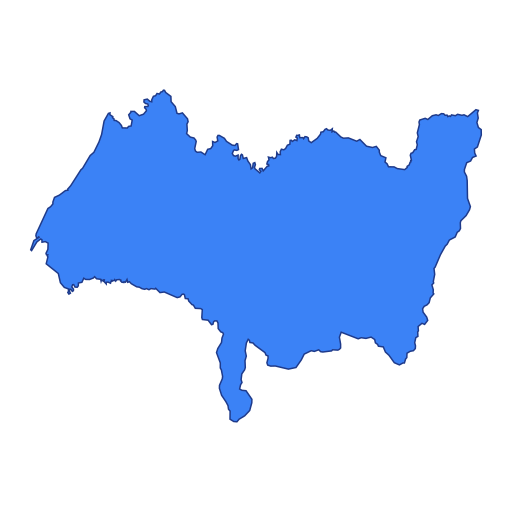 López, Cauca, Colombia
{"feature_id": "7082276B33539636068872", "entity_name": "López", "entity_type": "district", "adm_level": 2, "iso_a3": "COL", "parent_name": "Colombia", "parent_adm1": "Cauca", "projection": "natural_earth1", "projection_center": [-77.202, 2.962], "detail": "fine", "context": "isolated", "style": "filled", "palette": "blue", "viewbox_px": 512, "rotation_deg": 0, "n_neighbors": 0, "source": "geoboundaries", "source_scale": "gbopen_adm2", "svg_char_len": 6054}
<svg xmlns="http://www.w3.org/2000/svg" viewBox="0 0 512 512"><path d="M478.4,110.4L475.9,109.7L467.7,116.6L464.0,114.8L461.9,115.3L457.6,114.3L455.4,115.7L451.5,114.9L450.5,116.4L449.2,115.9L447.8,116.6L447.1,115.1L445.1,115.3L443.7,113.8L441.4,113.6L438.3,115.5L436.1,114.8L432.3,115.7L427.8,119.5L425.2,118.3L419.8,120.0L419.0,122.0L419.4,124.6L417.3,132.9L418.2,136.6L416.5,141.7L417.3,144.8L416.2,149.4L414.7,149.7L412.7,152.7L411.0,153.3L410.3,155.2L411.4,160.2L410.7,160.5L410.9,161.8L410.1,162.2L409.2,164.9L407.1,166.4L407.2,167.5L404.7,169.6L397.3,168.6L394.1,166.9L388.5,166.8L387.1,163.8L385.0,162.0L385.9,157.8L380.7,155.6L379.3,152.1L379.3,150.2L376.3,146.4L372.5,147.5L366.5,146.2L359.9,139.5L356.7,141.2L348.4,137.9L343.4,138.2L340.9,137.0L335.6,132.0L334.7,132.2L333.8,131.0L332.0,131.8L332.3,128.8L330.2,130.4L327.9,130.0L326.5,128.7L325.0,129.4L323.3,131.7L320.9,132.2L320.5,134.2L317.2,138.4L311.2,142.7L308.7,140.9L308.2,137.8L306.8,136.9L305.0,136.6L303.6,138.7L302.9,137.6L299.8,137.7L299.3,134.3L298.9,135.5L296.7,135.3L295.9,137.1L297.3,138.0L296.9,140.6L294.8,139.8L292.3,141.4L291.2,140.2L290.1,140.4L289.9,144.2L287.4,145.2L285.6,148.5L283.8,149.8L281.4,149.2L280.2,151.7L280.4,154.6L278.1,154.5L276.8,152.5L276.6,156.3L275.4,158.2L273.4,158.5L272.4,157.2L270.6,157.7L268.4,157.1L269.0,159.8L267.5,161.6L266.9,163.8L267.1,164.4L268.6,164.5L268.8,165.9L267.1,166.4L263.2,170.9L262.1,168.4L259.7,168.5L259.3,169.7L260.9,171.3L259.8,172.9L255.0,168.8L254.5,167.3L255.4,164.6L254.8,162.6L253.2,163.3L252.6,167.8L251.1,168.9L250.4,164.6L247.9,161.1L246.6,157.6L243.3,158.5L242.4,154.9L241.5,154.3L240.5,155.6L239.9,159.3L238.9,160.0L238.1,158.7L238.1,155.1L235.4,156.2L233.5,155.6L232.3,153.5L233.4,150.8L234.3,149.9L236.8,150.4L238.5,149.6L237.6,143.8L236.6,143.6L235.0,145.5L232.2,145.1L226.5,141.4L224.4,138.3L219.3,135.4L218.0,135.4L217.1,137.1L217.8,140.9L215.0,142.5L212.6,141.5L212.7,145.8L210.7,148.6L207.7,149.3L205.1,154.7L200.9,152.0L197.2,152.3L195.5,151.1L194.7,148.6L196.2,141.5L195.7,140.1L194.0,138.0L190.3,137.1L186.6,133.6L187.3,130.5L186.9,124.1L188.1,121.7L187.5,118.8L182.4,112.9L179.0,113.9L177.0,113.3L175.3,106.6L171.1,101.7L170.9,96.4L165.7,92.5L164.5,90.3L163.4,90.2L162.4,91.6L160.7,92.1L159.5,94.0L157.0,93.5L155.6,95.7L153.4,96.3L151.8,99.7L151.7,101.8L149.8,101.3L147.3,99.1L144.1,99.8L143.9,102.0L145.5,103.5L147.8,104.0L148.3,105.6L147.8,106.5L144.8,106.6L144.6,107.7L146.2,109.4L146.4,110.8L143.5,114.2L139.2,115.7L134.4,111.4L130.9,111.4L130.9,112.2L128.7,114.8L130.0,118.8L132.2,120.1L131.1,126.0L128.6,126.4L127.3,128.0L122.3,127.9L121.4,125.4L119.1,122.6L116.1,120.6L114.2,120.4L113.9,118.7L112.5,117.7L112.8,116.6L109.9,114.7L110.0,112.9L108.4,113.4L104.1,121.0L101.6,134.5L99.0,141.9L93.9,152.3L90.2,155.5L82.6,168.3L80.9,169.8L70.7,185.7L67.7,189.1L67.9,190.2L65.4,190.6L59.4,195.1L54.5,197.4L52.9,202.0L52.9,203.9L50.6,206.7L47.9,208.5L36.2,233.8L35.9,235.8L36.5,237.5L37.5,238.0L38.7,236.8L39.1,237.2L33.9,240.6L30.7,249.8L31.6,250.6L36.9,241.9L40.7,239.0L41.9,239.7L42.0,242.2L45.3,241.6L48.1,243.1L47.9,249.3L46.0,253.3L46.4,254.6L47.8,254.9L47.2,255.8L47.9,256.9L46.2,263.8L58.3,273.5L60.4,282.7L64.3,287.4L68.4,288.9L68.5,291.2L67.8,292.5L68.9,294.1L70.4,293.2L69.4,291.0L69.7,289.3L70.8,289.3L72.3,291.4L73.4,290.7L73.5,289.1L71.8,286.9L72.6,284.7L73.7,284.6L75.0,287.1L77.3,287.2L78.3,285.8L78.4,283.0L81.9,282.3L83.8,278.2L85.5,279.4L89.5,279.5L93.4,278.0L94.6,276.7L96.6,278.8L100.7,279.3L101.1,281.2L101.5,280.0L103.1,281.0L103.5,279.9L104.3,279.9L104.0,281.5L106.2,283.9L106.2,282.3L108.0,282.1L110.5,283.2L111.0,281.4L111.9,281.3L111.6,280.4L114.0,280.7L114.7,279.6L115.7,281.1L116.6,279.8L119.5,279.5L120.9,280.2L120.5,280.8L121.8,282.2L123.9,282.5L124.1,281.8L125.5,282.2L127.0,279.5L127.7,282.3L129.4,281.7L131.3,283.7L136.7,286.8L139.4,287.2L142.0,288.7L144.7,289.3L146.5,288.6L149.0,289.7L150.9,288.6L155.0,289.1L155.7,288.3L160.0,292.6L164.3,292.0L177.2,297.6L180.0,296.9L182.1,294.3L183.7,294.1L184.4,294.7L185.3,298.5L188.1,298.8L188.7,301.0L192.0,304.6L193.4,305.1L195.3,308.3L200.7,308.6L202.3,309.6L201.8,317.6L202.4,319.5L208.1,320.2L211.5,324.7L212.9,324.3L213.6,321.8L214.6,320.9L216.9,320.9L218.0,323.0L218.2,328.6L220.8,331.9L222.7,332.6L223.5,334.1L222.0,338.0L221.5,342.5L217.8,348.5L216.5,352.6L220.3,362.9L220.3,368.0L221.4,370.0L222.6,376.4L222.3,378.8L219.5,385.3L219.4,388.3L221.6,395.3L225.9,401.7L228.0,405.6L228.5,409.2L230.1,411.1L230.0,419.2L233.7,421.5L236.9,421.8L239.1,419.2L244.7,415.8L249.7,410.5L251.8,402.8L251.9,399.3L246.0,390.7L241.9,390.3L239.6,389.0L240.6,384.7L242.0,382.5L241.1,379.6L241.8,373.9L244.6,369.8L245.3,367.5L245.0,360.7L246.3,356.1L245.2,350.8L246.4,342.9L248.2,339.3L249.4,340.3L249.9,342.5L252.9,342.9L255.1,345.3L265.0,352.6L266.0,355.1L268.0,355.9L268.1,358.1L266.9,362.8L267.7,365.1L270.7,366.1L275.3,366.0L288.4,369.1L296.0,367.5L301.3,359.9L304.2,354.1L311.2,350.7L314.4,351.4L318.7,349.8L320.7,351.7L322.8,352.0L331.6,350.9L332.5,349.8L337.9,350.1L339.4,349.3L340.6,348.0L340.6,344.1L339.4,337.2L341.2,332.2L358.2,338.8L361.2,337.7L365.9,338.4L371.1,337.1L374.7,339.5L375.4,342.8L377.6,344.4L378.4,346.2L383.3,346.9L385.4,352.0L389.0,355.3L394.3,362.7L399.4,364.9L402.9,363.0L404.4,363.0L405.6,359.0L406.8,357.6L407.0,353.2L410.2,351.3L413.4,350.7L415.3,348.6L415.5,345.8L414.7,342.7L415.8,337.6L417.9,336.4L417.7,331.8L418.4,330.9L418.1,326.5L422.0,323.3L424.6,324.4L427.7,320.4L426.7,317.1L423.1,312.2L422.6,308.8L424.2,306.3L427.0,304.9L429.1,302.7L430.3,297.9L433.8,293.9L433.1,292.9L433.3,289.8L431.9,284.9L433.7,283.0L433.3,281.5L434.7,274.4L434.0,268.4L435.1,267.2L440.4,254.8L445.3,246.0L447.1,244.3L449.4,240.0L455.2,237.0L457.2,232.3L459.3,230.8L460.5,228.5L460.3,222.7L460.9,220.7L466.1,215.6L469.5,209.8L470.4,206.6L467.5,198.4L467.2,180.7L466.6,176.3L464.4,172.0L464.4,169.6L466.7,162.7L470.6,161.0L472.5,157.5L476.1,156.0L474.7,153.0L474.4,149.0L477.4,147.0L481.3,135.0L481.2,129.6L478.4,127.5L476.9,122.5L478.2,118.1L477.4,113.0L478.4,110.4Z" fill="#3b82f6" stroke="#1e3a8a" stroke-width="1.5"/></svg>